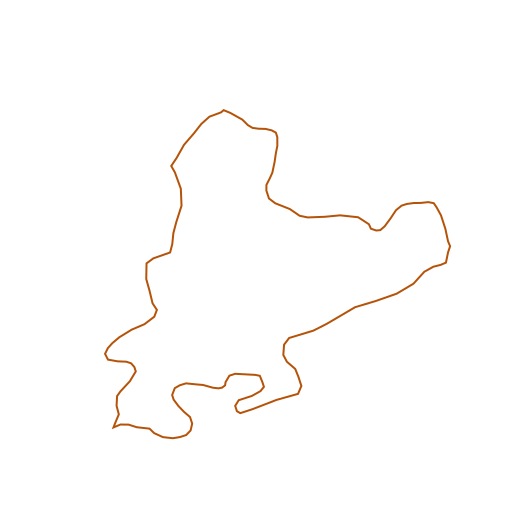 outline of Negotino, rotated 252°
{"feature_id": "MKD-2946", "entity_name": "Negotino", "entity_type": "Statistical Region", "adm_level": 1, "iso_a3": "MKD", "parent_name": "North Macedonia", "parent_adm1": "", "projection": "orthographic", "projection_center": [22.1, 41.501], "detail": "fine", "context": "isolated", "style": "outline", "palette": "amber", "viewbox_px": 512, "rotation_deg": 252, "n_neighbors": 0, "source": "natural_earth", "source_scale": "10m", "svg_char_len": 1926}
<svg xmlns="http://www.w3.org/2000/svg" viewBox="0 0 512 512"><g transform="rotate(252 256 256)"><path d="M111.9,253.4L112.8,231.1L111.4,205.1L111.4,192.5L111.6,192.3L114.3,189.9L119.9,189.9L124.2,195.0L124.2,208.9L126.1,218.5L129.1,223.1L134.5,223.1L140.9,222.6L143.2,218.5L146.7,209.4L150.4,199.8L150.4,193.7L145.5,188.1L142.5,186.6L141.3,183.0L141.7,179.5L144.0,174.4L149.7,165.8L152.7,158.7L156.5,150.1L156.6,143.5L155.4,137.9L149.7,133.3L144.8,133.3L137.2,135.9L130.0,139.4L123.2,143.5L116.3,143.5L110.3,139.9L107.3,134.3L107.3,127.7L108.4,120.6L112.5,111.5L119.0,104.4L124.7,101.4L130.0,89.7L135.0,82.7L137.6,75.0L137.0,67.5L139.5,69.5L147.8,76.6L156.6,77.1L165.7,80.6L169.1,85.2L175.9,97.4L183.4,106.0L188.0,106.0L192.6,104.0L195.6,99.9L198.6,91.8L203.2,83.2L209.6,82.2L214.2,86.7L217.5,92.4L221.0,101.0L224.4,115.2L225.6,128.8L229.7,140.5L235.4,145.1L242.9,143.0L255.8,144.0L268.0,144.5L282.8,149.6L285.5,157.7L285.9,175.4L293.1,180.0L303.3,184.5L312.8,190.6L326.8,200.7L343.2,205.3L360.6,204.7L367.8,203.2L373.8,210.8L384.0,221.9L391.8,234.8L398.5,244.8L402.9,254.8L403.4,267.1L404.7,270.3L400.1,275.7L390.0,285.1L383.0,288.7L378.9,292.3L376.3,297.7L373.9,304.4L370.6,309.8L367.2,313.0L362.5,313.0L354.1,310.3L347.7,306.7L339.6,302.7L330.2,297.3L325.8,293.3L320.4,287.9L315.1,286.1L306.7,286.1L300.2,290.6L290.2,302.7L280.8,309.9L276.7,317.1L272.0,333.7L268.7,348.5L264.7,357.5L261.3,365.1L256.9,368.7L251.3,373.2L246.5,373.7L243.1,378.2L242.2,382.2L244.5,387.6L250.2,395.6L256.3,403.3L258.9,410.0L258.9,415.4L257.6,422.6L255.6,428.9L254.0,436.5L251.3,441.4L246.5,442.8L237.5,444.5L223.3,444.5L210.8,443.2L205.3,443.6L200.0,439.7L191.0,434.6L190.5,428.9L191.0,421.3L189.0,411.2L181.0,397.2L176.7,378.2L176.2,355.4L176.7,334.5L172.5,315.4L169.6,302.2L167.3,287.6L167.8,262.2L163.0,255.3L153.5,251.4L145.9,252.7L136.5,258.4L128.3,259.0L118.4,259.0L111.9,253.4Z" fill="none" stroke="#b45309" stroke-width="2"/></g></svg>